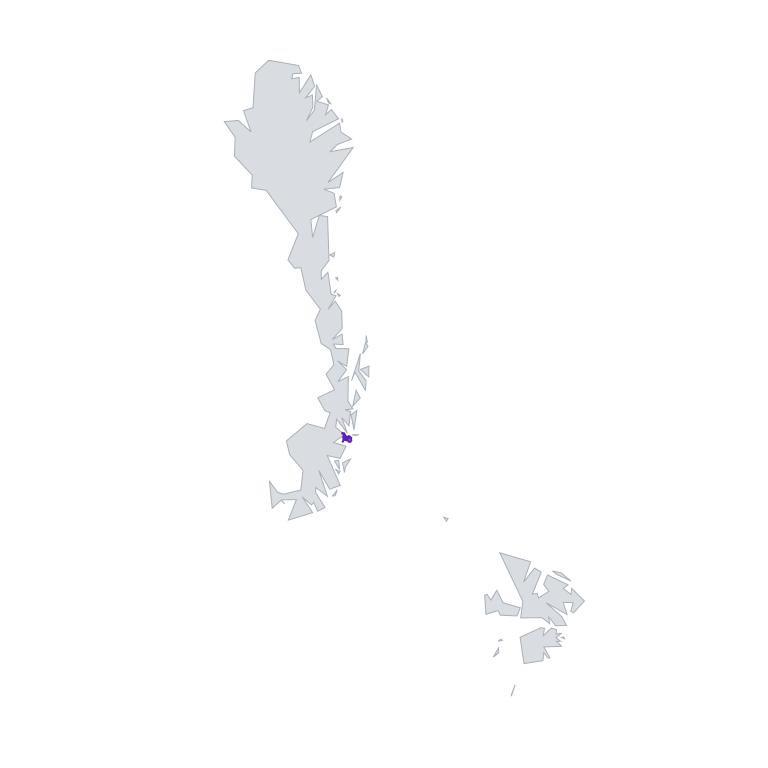 Skjervøy nor, Troms, Norway shown in context, rotated 135°
{"feature_id": "86288312B92584171254866", "entity_name": "Skjervøy nor", "entity_type": "district", "adm_level": 2, "iso_a3": "NOR", "parent_name": "Norway", "parent_adm1": "Troms", "projection": "albers", "projection_center": [20.765, 70.027], "detail": "fine", "context": "in_parent", "style": "filled", "palette": "violet", "viewbox_px": 768, "rotation_deg": 135, "n_neighbors": 0, "source": "geoboundaries", "source_scale": "gbopen_adm2", "svg_char_len": 6966}
<svg xmlns="http://www.w3.org/2000/svg" viewBox="0 0 768 768"><g transform="rotate(135 384 384)"><path d="M457.5,394.6L442.3,401.9L444.7,406.9L440.6,421.1L423.0,414.9L418.1,431.8L405.7,433.1L397.5,446.2L399.8,457.1L387.6,477.8L376.1,481.9L372.9,505.6L360.5,525.1L365.4,529.1L364.1,539.7L338.3,550.9L330.4,604.3L339.0,616.2L329.4,625.0L328.7,650.8L314.8,663.7L311.4,682.5L300.6,673.3L299.8,656.3L290.0,676.6L281.3,672.0L255.1,695.0L236.7,694.5L219.2,669.6L222.6,662.0L228.8,667.8L233.5,665.1L227.2,660.7L237.9,649.7L217.1,654.3L222.6,643.5L236.9,641.8L230.3,638.9L238.6,630.0L252.5,625.1L239.6,626.9L220.3,643.0L224.4,630.7L231.5,631.5L226.0,620.6L234.9,615.7L227.1,615.2L228.6,603.7L255.9,612.9L265.4,607.5L231.0,599.9L236.3,592.4L233.7,580.1L247.6,586.3L257.7,586.3L238.6,573.0L281.1,566.1L263.3,562.5L276.6,554.3L288.7,564.3L284.5,554.2L292.4,542.9L319.5,552.0L330.9,538.0L310.7,549.0L305.5,542.3L335.5,510.3L348.4,508.5L354.2,502.3L344.6,502.8L357.9,484.8L355.5,480.3L370.7,476.4L359.9,477.1L362.4,465.5L374.2,452.9L389.0,452.0L378.4,448.9L385.0,440.8L391.4,447.9L392.9,443.0L383.9,433.8L398.0,422.9L400.5,433.2L400.3,420.5L414.9,418.3L404.0,414.5L421.6,397.4L423.6,388.4L429.6,393.2L427.2,388.0L438.3,379.2L437.6,390.2L444.7,375.2L442.3,392.6L448.8,387.5L447.6,376.1L461.1,378.3L454.8,366.8L467.7,362.5L474.7,373.5L486.7,343.2L496.7,348.0L491.2,369.0L503.4,344.6L505.5,359.0L509.1,355.7L513.0,338.4L520.9,340.9L517.3,350.0L520.8,349.8L521.6,362.0L525.4,343.5L547.9,355.4L527.7,364.2L538.3,374.5L550.9,375.2L533.8,396.2L535.8,382.8L533.1,377.3L517.9,367.8L502.3,380.2L500.7,400.7L493.2,412.8L466.4,410.4L457.5,394.6ZM425.7,84.2L433.6,91.7L432.1,103.3L436.3,97.3L437.5,107.0L452.7,122.0L439.5,132.1L421.5,182.7L406.1,154.7L425.3,145.2L407.6,147.3L405.9,139.7L427.8,130.5L423.7,127.8L425.9,123.4L414.0,120.8L412.8,129.4L403.4,133.4L395.9,111.9L401.7,112.7L400.7,102.9L395.8,106.8L395.8,88.8L412.0,88.2L412.8,91.1L404.9,95.6L411.7,102.9L417.6,91.5L424.0,114.4L422.8,93.6L425.7,84.2ZM443.9,73.0L456.9,85.0L460.2,73.0L461.8,74.3L461.1,81.0L467.3,76.0L482.7,87.3L466.8,108.7L445.6,100.8L443.2,97.9L449.2,93.5L438.2,93.0L435.9,88.2L439.2,85.3L434.5,82.1L441.7,83.1L441.1,77.1L443.9,80.0L443.9,73.0ZM454.0,126.0L465.3,138.4L463.5,143.0L474.8,149.1L462.2,163.5L459.8,162.4L461.2,155.6L450.1,158.4L454.5,145.2L445.9,129.4L454.0,126.0ZM396.1,413.1L404.7,409.2L379.1,422.3L392.6,411.2L394.4,398.9L401.6,392.8L396.1,413.1ZM410.7,390.9L421.7,390.5L408.2,399.2L410.7,390.9ZM421.8,384.5L437.6,372.9L429.0,385.5L421.8,384.5ZM391.1,112.5L396.3,126.7L397.2,132.7L392.3,125.3L391.1,112.5ZM389.7,399.8L390.6,411.0L382.0,407.4L389.7,399.8ZM474.5,349.4L469.0,357.6L460.8,354.5L470.1,352.6L474.5,349.4ZM475.8,355.1L473.5,364.5L470.0,362.1L475.8,355.1ZM368.8,421.9L377.8,420.5L367.4,426.6L368.8,421.9ZM513.9,74.1L503.9,78.6L514.1,73.5L513.9,74.1ZM492.9,112.8L499.8,113.6L489.8,116.4L492.9,112.8ZM491.8,342.1L497.6,339.6L499.6,341.3L491.8,342.1ZM479.6,352.5L478.6,357.6L476.8,353.4L479.6,352.5ZM448.0,366.9L447.8,372.0L445.5,370.1L448.0,366.9ZM436.8,242.8L436.0,247.5L433.8,243.6L436.8,242.8ZM485.2,121.3L482.0,121.0L481.5,119.2L485.2,121.3ZM329.8,509.3L331.1,513.6L325.9,511.8L329.8,509.3ZM437.7,365.8L440.7,367.7L442.4,370.6L437.7,365.8ZM436.6,76.2L437.7,79.4L435.9,78.1L436.6,76.2ZM295.6,540.5L289.2,539.7L296.3,538.7L295.6,540.5ZM285.2,545.2L282.2,548.1L281.5,546.1L285.2,545.2ZM365.9,427.5L362.4,431.0L366.5,424.9L365.9,427.5ZM224.4,621.8L222.3,626.9L223.5,619.9L224.4,621.8ZM353.0,480.8L352.1,477.4L353.9,477.9L353.0,480.8ZM539.0,369.6L538.9,373.7L538.6,373.0L539.0,369.6ZM354.2,484.1L350.7,484.4L355.0,483.4L354.2,484.1ZM343.3,490.1L343.1,493.3L341.6,492.1L343.3,490.1ZM228.5,598.9L226.1,601.7L227.1,599.1L228.5,598.9Z" fill="#d9dde1" stroke="#a8b0b8" stroke-width="1"/><path d="M448.4,366.7L448.3,366.8L448.2,366.9L447.9,367.0L447.6,366.9L447.3,367.0L447.2,367.0L446.9,367.0L446.7,367.2L446.6,367.5L446.7,367.8L446.6,368.0L446.4,368.0L446.1,368.0L445.9,368.2L445.8,368.3L445.7,368.4L445.6,368.5L445.6,368.8L445.4,369.0L445.3,369.3L445.2,369.4L445.3,369.5L445.2,369.5L445.3,369.6L445.2,370.0L445.2,370.5L445.2,371.0L445.2,371.5L445.4,371.9L445.6,372.0L445.8,372.2L445.9,372.3L446.0,372.2L446.1,372.3L446.4,372.2L446.4,371.9L446.3,371.7L446.6,371.8L446.8,371.6L446.9,371.4L446.8,371.0L446.8,370.8L446.8,370.6L446.8,370.4L446.9,370.5L446.9,370.8L447.0,371.0L447.1,371.3L447.1,371.5L446.9,371.9L446.9,372.1L446.8,372.4L446.8,372.5L447.0,372.7L447.4,372.6L447.6,372.5L447.7,372.3L447.7,372.2L447.8,372.1L447.7,372.0L447.8,371.8L447.9,372.1L448.2,372.3L448.7,372.4L448.8,372.3L449.3,372.1L449.4,371.9L449.3,371.7L449.0,371.1L448.9,370.9L449.0,369.8L449.1,369.7L449.2,369.1L449.3,368.9L449.3,368.6L449.4,368.4L449.5,368.3L449.5,368.2L449.5,367.9L449.5,367.7L449.4,367.6L449.5,367.6L449.4,367.5L449.4,367.4L449.2,367.4L449.0,367.2L449.0,366.9L448.9,366.9L448.6,366.8L448.4,366.7ZM449.9,372.7L449.3,372.5L449.2,372.6L448.8,372.7L448.7,372.9L448.6,373.1L448.5,373.3L448.6,373.5L448.7,373.8L448.8,373.9L448.8,374.0L448.9,374.3L449.0,374.4L449.0,374.5L448.9,374.6L448.9,374.8L449.1,375.1L449.1,375.3L449.3,375.6L449.7,375.9L449.9,375.8L450.1,375.7L450.3,375.6L450.7,375.3L450.8,375.2L451.0,374.9L451.0,374.7L450.9,374.5L450.8,374.4L450.9,374.5L450.9,374.4L451.0,374.5L451.1,374.3L451.3,374.1L451.6,374.1L451.8,374.1L452.0,373.8L452.1,373.7L451.9,373.6L451.7,373.7L451.8,373.6L451.7,373.6L451.8,373.5L451.8,373.4L451.5,373.6L451.3,373.6L451.2,373.7L451.0,373.8L451.1,374.0L450.9,374.2L450.6,373.9L450.4,373.7L450.4,373.4L450.2,373.3L450.1,373.0L450.0,372.9L449.9,372.8L449.8,372.7L449.9,372.7ZM448.6,378.8L448.8,378.4L448.7,378.2L448.3,377.6L448.3,377.4L448.4,377.1L448.4,376.8L448.6,376.6L448.8,376.3L448.8,376.2L448.7,376.1L448.3,376.3L448.2,376.3L447.7,376.5L447.5,376.4L447.2,376.3L447.2,376.5L446.9,376.8L447.0,377.0L446.9,377.3L446.9,377.5L447.3,377.7L447.3,377.8L447.5,377.9L447.5,378.0L447.5,378.3L447.5,378.5L447.6,378.8L447.8,378.9L448.3,378.5L448.6,378.8ZM450.4,370.2L450.2,370.0L450.2,369.9L450.1,369.6L449.8,369.2L449.7,369.1L449.6,369.3L449.4,369.7L449.1,370.2L449.1,370.3L449.2,370.6L449.2,370.9L449.3,371.1L449.5,371.4L449.6,371.5L449.8,371.7L450.2,371.6L450.4,371.2L450.5,371.1L450.7,370.8L450.7,370.7L450.5,370.4L450.4,370.3L450.4,370.2ZM451.4,372.0L451.4,371.9L451.2,371.8L451.0,372.1L451.0,372.3L450.8,372.5L450.8,372.8L450.7,372.8L450.6,373.0L450.6,373.3L450.7,373.5L450.8,373.4L451.1,373.3L451.2,373.2L451.4,372.8L451.4,372.7L451.2,372.8L451.2,372.7L451.1,372.8L451.1,372.7L451.3,372.6L451.5,372.4L451.4,372.2L451.5,372.2L451.4,372.1L451.4,372.0ZM448.0,375.4L448.2,375.1L448.2,374.9L448.2,374.7L448.3,374.7L448.2,374.4L448.0,374.2L447.9,374.1L447.9,373.9L447.7,373.8L447.6,374.0L447.7,374.3L447.7,374.5L447.6,374.9L447.6,375.0L447.7,375.3L447.9,375.4L448.0,375.4ZM453.7,372.8L453.9,372.8L453.9,372.7L454.1,372.5L454.1,372.3L454.0,372.1L453.9,372.0L453.7,372.0L453.3,372.3L453.5,372.7L453.6,372.8L453.7,372.8Z" fill="#8b5cf6" stroke="#5b21b6" stroke-width="1.5"/></g></svg>